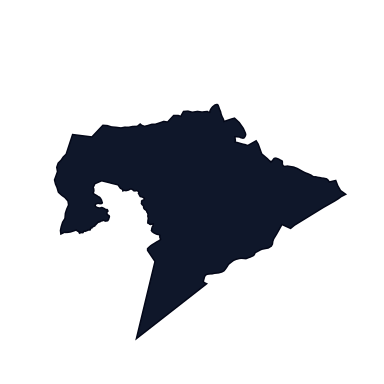 outline of Huautla de Jiménez, Oaxaca, Mexico, rotated 63°
{"feature_id": "50627088B6515753474498", "entity_name": "Huautla de Jiménez", "entity_type": "district", "adm_level": 2, "iso_a3": "MEX", "parent_name": "Mexico", "parent_adm1": "Oaxaca", "projection": "orthographic", "projection_center": [-96.809, 18.147], "detail": "fine", "context": "isolated", "style": "filled", "palette": "ink", "viewbox_px": 384, "rotation_deg": 63, "n_neighbors": 0, "source": "geoboundaries", "source_scale": "gbopen_adm2", "svg_char_len": 5900}
<svg xmlns="http://www.w3.org/2000/svg" viewBox="0 0 384 384"><g transform="rotate(63 192 192)"><path d="M264.8,68.9L264.4,64.5L263.8,61.2L263.8,56.1L258.2,59.0L252.6,59.3L247.0,58.7L245.4,65.1L244.6,65.2L243.2,65.4L242.8,65.5L241.9,65.9L241.3,66.2L240.5,67.2L239.5,68.4L238.6,69.9L237.3,71.4L236.0,73.3L234.6,74.9L233.8,76.5L233.2,77.1L232.2,77.7L231.0,78.3L228.3,80.5L226.5,82.2L224.8,83.5L222.9,84.8L219.6,87.0L218.5,87.8L216.8,89.4L216.1,89.9L212.9,94.3L212.2,95.2L211.6,97.1L211.0,98.2L210.6,98.7L209.4,98.9L208.4,98.9L207.7,98.6L206.8,98.1L205.9,97.7L205.3,97.6L205.1,97.8L204.4,98.2L204.0,98.6L203.7,98.8L202.7,99.4L201.5,100.3L199.9,101.9L199.6,102.5L199.4,103.6L199.7,104.4L200.0,104.9L200.6,106.2L201.2,108.2L200.2,108.3L198.9,109.0L196.6,109.7L189.7,112.6L179.4,111.3L175.5,111.6L175.9,120.9L175.5,121.7L173.9,123.1L172.6,124.8L170.0,127.6L168.3,129.4L167.1,131.0L165.5,129.8L164.1,129.4L162.2,128.7L162.6,127.9L162.9,127.3L164.6,124.6L165.6,124.0L167.0,122.4L167.4,121.4L167.4,121.1L166.8,119.9L166.4,119.3L166.1,118.9L165.2,118.1L163.8,117.7L158.6,117.4L151.5,118.4L145.5,120.6L144.9,123.5L143.7,131.5L142.6,131.2L141.0,131.0L138.3,131.0L135.7,130.7L133.4,130.1L130.6,129.9L128.6,129.6L126.8,129.4L125.8,129.5L125.3,130.1L125.0,131.4L124.9,132.5L125.2,133.5L125.4,134.8L125.8,135.8L126.6,137.4L127.6,138.8L129.0,140.0L128.8,140.2L128.3,141.2L127.2,141.8L126.0,144.9L125.4,146.7L122.7,150.5L121.1,155.5L118.1,158.9L116.4,163.0L118.7,166.5L119.6,167.6L117.5,169.6L115.5,173.6L118.6,182.0L116.3,185.1L115.8,189.0L115.0,193.9L113.4,197.2L112.6,202.0L112.3,202.8L112.1,204.3L110.9,205.5L109.7,206.6L107.9,207.3L108.6,210.6L108.6,211.1L106.7,215.1L105.6,219.1L103.7,222.6L102.7,226.2L100.2,229.8L97.4,234.3L94.4,237.3L92.1,241.1L97.5,256.2L86.6,272.3L101.2,287.0L102.3,290.7L104.3,294.3L105.5,298.1L108.6,301.3L112.8,302.6L116.1,306.1L118.8,309.0L123.0,310.0L126.7,310.2L130.8,311.0L131.6,311.1L134.8,309.9L135.8,309.5L137.4,308.7L139.0,307.8L143.7,306.6L145.9,307.3L147.6,307.9L150.4,311.4L153.5,314.5L157.9,317.2L160.2,321.0L163.7,324.4L166.6,326.7L169.9,327.9L170.0,324.3L170.1,323.6L170.6,323.1L171.5,321.1L172.4,318.5L172.7,316.6L173.0,314.8L173.2,313.1L173.4,312.4L173.5,312.2L174.4,312.0L174.8,311.8L175.1,311.5L175.2,311.3L175.5,310.9L175.8,310.9L177.2,311.0L177.5,310.9L177.8,310.7L177.6,310.4L177.3,310.2L177.1,310.1L177.0,309.9L177.2,309.6L177.4,309.6L177.5,309.4L177.9,309.2L178.1,308.7L178.2,308.3L178.7,307.8L178.6,307.4L178.0,306.7L177.9,306.4L177.9,305.7L178.5,305.2L178.6,304.3L178.7,303.5L178.6,302.5L178.8,302.4L178.8,302.1L178.9,301.1L179.2,300.6L179.5,300.3L179.1,300.0L179.2,299.8L179.2,299.6L178.9,299.5L178.9,299.4L178.7,299.1L178.5,298.8L178.3,298.6L178.2,298.5L178.1,298.4L178.3,298.3L178.4,298.2L178.4,297.8L178.5,297.5L178.1,297.3L178.1,296.6L178.0,295.5L178.0,294.9L178.1,294.2L178.0,293.8L177.5,293.5L177.5,293.1L177.4,292.3L177.0,291.8L177.0,291.4L176.6,290.2L176.2,289.2L176.6,288.7L176.6,288.1L176.8,287.5L176.5,286.5L176.7,286.1L176.7,285.7L176.8,285.1L177.0,284.8L176.9,284.3L177.2,283.5L177.9,282.9L178.5,282.6L179.1,281.0L179.3,280.2L178.7,279.0L177.8,278.1L177.2,277.5L176.5,276.8L175.5,276.6L173.5,277.8L172.6,277.5L171.2,276.9L170.9,275.6L170.5,275.5L169.2,275.5L168.4,276.9L166.9,277.7L165.2,279.0L164.7,279.7L164.6,281.1L164.0,282.1L163.1,283.1L162.4,283.8L161.5,284.3L160.6,284.6L160.1,284.4L159.2,283.5L159.1,282.8L159.1,282.1L159.4,281.1L159.8,280.2L160.5,279.5L160.9,278.7L161.2,277.9L161.2,277.5L161.0,276.9L160.6,276.7L159.1,276.6L158.2,276.3L157.6,276.4L156.2,276.4L154.6,276.8L153.7,277.6L152.1,278.4L150.7,279.3L149.6,280.1L147.8,280.6L147.6,280.2L147.3,279.6L146.2,278.8L145.0,278.3L144.5,278.1L143.7,278.1L143.0,278.0L142.7,277.6L142.5,277.3L141.9,276.5L140.5,274.8L140.7,272.1L140.8,270.6L141.0,267.4L146.4,261.1L147.1,260.4L148.5,258.8L152.0,254.7L156.2,254.1L157.7,253.0L158.5,252.8L159.6,253.1L159.7,251.9L160.2,251.0L160.8,250.3L161.4,247.9L161.4,247.1L161.4,246.2L161.4,245.2L161.9,244.6L162.4,244.2L163.2,243.7L164.1,243.5L164.7,243.1L165.3,241.9L165.5,240.8L166.7,239.7L168.4,239.3L168.8,240.3L172.5,240.2L173.8,238.7L174.7,237.9L175.4,237.8L175.8,237.4L176.3,237.4L177.0,238.1L177.1,238.3L177.1,239.1L176.9,240.2L177.0,240.5L177.2,240.8L177.2,241.0L177.9,241.4L178.7,241.8L179.2,242.3L180.6,242.2L181.1,241.9L182.0,241.7L182.5,241.6L183.0,241.7L184.0,242.2L184.4,242.3L184.7,242.2L185.2,242.1L185.5,242.2L186.2,241.9L186.8,241.4L187.1,241.4L187.6,241.2L188.3,241.1L189.6,241.3L190.7,241.0L191.3,241.3L192.3,241.4L192.7,241.7L193.3,242.3L195.1,242.7L195.8,243.0L197.7,244.4L199.0,245.1L199.2,245.3L199.6,245.4L199.8,245.4L199.9,245.2L200.3,244.8L201.0,244.5L201.4,244.4L201.6,244.3L201.7,244.1L201.7,243.8L202.2,243.6L202.2,243.2L202.4,242.5L202.5,241.5L202.5,241.2L202.8,240.9L203.2,241.3L203.7,241.7L204.4,242.1L204.8,242.6L205.1,243.3L206.1,244.2L206.8,244.8L207.6,245.2L207.8,245.6L209.2,245.5L211.3,244.4L211.8,244.0L213.0,243.1L213.6,242.6L213.8,242.3L214.1,242.0L214.7,241.2L215.0,240.9L215.3,240.5L215.8,240.3L216.1,240.3L216.3,240.4L216.5,240.6L216.7,240.8L216.9,240.8L217.3,240.9L217.6,241.1L217.8,241.2L218.0,241.3L218.8,241.3L219.4,241.3L220.1,241.6L220.5,244.3L220.4,245.3L220.6,247.5L220.8,249.6L220.9,251.4L221.2,253.4L221.8,255.7L222.3,257.3L223.9,258.1L237.1,256.5L297.4,308.1L280.4,220.6L278.6,222.0L277.0,222.7L273.4,219.5L272.4,218.1L272.1,216.5L272.4,215.1L272.8,214.1L273.4,212.5L274.0,211.4L274.6,208.9L276.1,205.1L276.8,201.7L276.7,199.2L275.6,196.8L274.4,194.6L273.0,192.3L272.2,188.4L271.8,186.0L272.0,183.2L272.4,181.6L272.6,180.4L273.4,178.2L274.5,176.4L275.9,174.2L276.2,170.8L276.4,169.9L276.4,169.3L276.5,167.4L276.5,165.9L275.9,164.7L275.1,163.9L274.7,162.7L274.7,161.0L274.6,157.4L274.7,155.7L275.6,152.5L276.5,149.5L276.2,145.9L274.9,144.0L272.6,142.4L270.8,140.5L268.0,135.9L261.8,126.6L269.2,120.7L268.1,115.7L265.4,82.1L264.8,68.9Z" fill="#0f172a" stroke="#020617" stroke-width="1.5"/></g></svg>